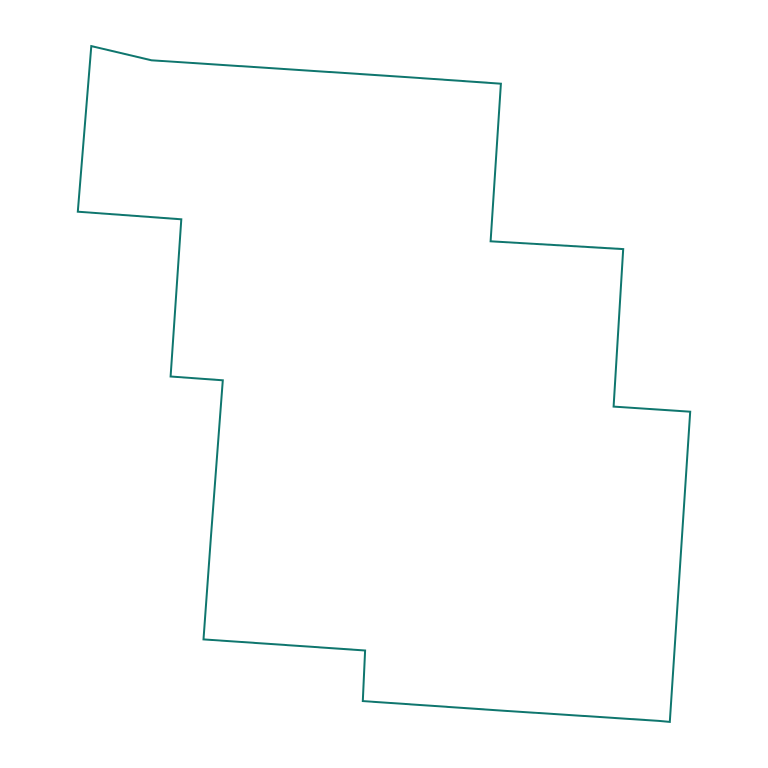 the district of Perry, Ohio, United States of America
{"feature_id": "52423323B79068710555574", "entity_name": "Perry", "entity_type": "district", "adm_level": 2, "iso_a3": "USA", "parent_name": "United States of America", "parent_adm1": "Ohio", "projection": "orthographic", "projection_center": [-82.25, 39.74], "detail": "fine", "context": "isolated", "style": "outline", "palette": "teal", "viewbox_px": 768, "rotation_deg": 0, "n_neighbors": 0, "source": "geoboundaries", "source_scale": "gbopen_adm2", "svg_char_len": 373}
<svg xmlns="http://www.w3.org/2000/svg" viewBox="0 0 768 768"><path d="M211.0,535.9L203.5,639.4L365.1,650.5L362.8,701.1L505.9,710.9L659.0,720.9L669.8,721.9L690.2,411.7L613.6,406.6L618.3,329.6L623.2,249.1L490.6,241.3L500.9,83.7L403.3,76.9L151.5,60.3L91.3,46.1L77.8,211.7L181.3,219.3L170.6,376.5L222.8,380.3L211.0,535.9Z" fill="none" stroke="#0f766e" stroke-width="2"/></svg>